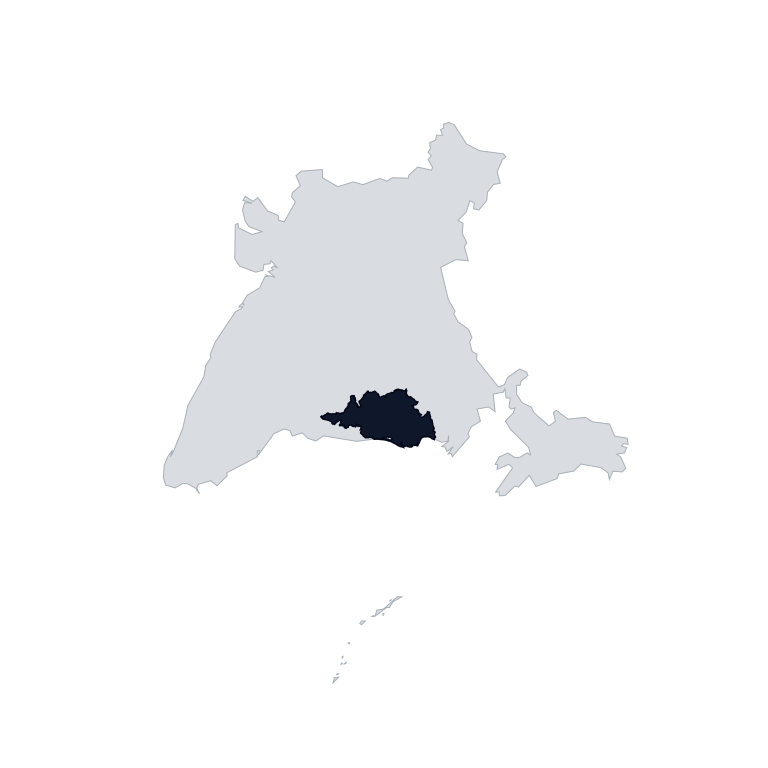 location of Odisha within India, rotated 45°
{"feature_id": "IND-2444", "entity_name": "Odisha", "entity_type": "State", "adm_level": 1, "iso_a3": "IND", "parent_name": "India", "parent_adm1": "", "projection": "mercator", "projection_center": [83.889, 20.172], "detail": "fine", "context": "in_parent", "style": "filled", "palette": "ink", "viewbox_px": 768, "rotation_deg": 45, "n_neighbors": 0, "source": "natural_earth", "source_scale": "10m", "svg_char_len": 9795}
<svg xmlns="http://www.w3.org/2000/svg" viewBox="0 0 768 768"><g transform="rotate(45 384 384)"><path d="M153.3,349.4L162.1,347.5L163.0,341.4L179.2,344.0L190.0,339.7L193.6,342.8L198.8,339.9L192.6,317.8L186.5,317.1L183.9,313.6L184.6,303.0L174.5,298.9L175.0,292.1L188.7,276.0L194.9,281.7L211.9,277.1L219.3,262.9L228.2,257.9L235.8,241.5L242.6,238.6L244.0,232.3L255.6,221.3L253.8,218.5L254.4,206.8L266.5,199.3L265.1,196.4L256.4,194.1L256.1,189.2L251.2,189.0L250.4,184.8L245.6,181.0L248.0,175.0L245.2,170.9L249.5,166.7L244.1,164.2L245.1,161.1L242.3,158.4L245.0,153.1L250.3,151.0L272.6,156.0L286.6,151.5L305.7,136.8L309.5,137.2L309.0,141.6L314.0,154.0L324.2,159.9L320.4,165.4L321.5,175.2L326.8,181.4L328.1,194.0L323.4,196.7L319.9,192.2L315.0,193.6L320.5,204.2L320.6,215.9L326.4,214.5L332.5,222.0L342.9,225.8L343.5,229.9L356.5,237.3L346.9,245.2L341.6,261.5L369.8,278.8L382.8,282.3L383.7,285.1L392.5,287.7L405.2,285.6L413.4,289.0L414.6,293.6L423.4,298.7L428.6,297.1L432.2,301.3L467.0,305.2L469.6,299.2L466.8,291.9L469.3,277.4L476.2,274.8L479.8,276.3L478.9,285.0L481.2,288.7L478.7,291.2L485.2,297.6L495.0,299.6L504.2,296.2L510.4,298.3L530.3,296.9L531.6,289.1L523.9,284.4L524.5,280.8L539.0,278.6L550.1,265.1L558.2,263.3L571.8,252.8L583.9,257.8L594.2,250.4L599.2,253.9L595.5,257.0L595.8,259.9L600.5,257.5L602.8,262.7L598.1,269.1L603.1,268.2L614.5,272.6L614.7,277.6L607.5,283.9L611.0,292.2L605.2,288.4L596.6,289.7L579.8,301.4L579.9,311.2L571.1,323.9L573.2,328.6L564.0,349.0L551.3,345.8L551.9,361.9L548.7,363.6L548.5,377.3L544.7,381.4L541.7,379.0L539.4,381.6L534.2,352.4L529.2,352.3L524.3,364.5L521.4,360.7L519.5,362.3L517.1,354.1L520.3,345.3L528.4,343.5L531.9,339.8L533.9,331.6L537.7,330.5L531.1,326.5L505.6,326.7L496.1,324.4L495.9,313.0L493.5,308.2L491.6,311.9L488.7,311.9L483.2,304.7L480.2,307.5L472.9,302.0L474.0,305.5L468.4,313.9L482.1,325.0L474.3,326.2L467.4,336.0L478.5,342.1L476.0,352.5L478.5,359.8L481.7,360.9L483.7,387.2L480.6,385.6L478.8,388.3L477.2,379.2L476.3,387.1L471.6,385.4L469.0,387.5L470.2,378.9L466.1,374.9L469.6,379.2L466.2,384.2L452.8,389.8L449.0,394.2L450.8,403.3L447.3,409.9L441.4,415.0L439.3,414.3L438.8,416.9L428.7,420.3L427.6,417.0L423.5,419.2L422.5,422.0L426.6,421.4L416.0,429.8L405.4,443.7L377.8,463.6L376.2,472.5L368.4,476.3L360.8,476.2L356.0,485.7L350.7,483.4L345.1,486.5L341.3,496.9L345.3,522.8L343.0,519.1L341.5,520.9L345.9,524.9L335.6,558.0L338.1,559.9L337.9,574.0L329.7,575.0L323.7,586.1L325.0,589.9L331.2,592.1L324.4,590.9L315.5,593.5L311.9,597.0L309.8,605.1L301.2,609.9L294.1,606.2L286.0,596.8L282.4,588.0L281.1,580.3L284.5,586.6L282.7,580.4L272.8,557.2L260.5,537.8L251.6,506.4L244.8,496.9L242.9,487.3L240.5,486.5L235.1,474.1L227.8,437.9L229.8,431.6L229.3,429.4L227.1,432.3L226.6,430.6L226.8,426.9L229.6,427.3L226.4,425.9L224.5,418.0L228.1,403.8L223.8,392.0L225.6,390.3L223.6,390.4L231.5,385.5L222.5,386.4L225.0,381.7L222.2,381.7L222.7,378.5L226.7,377.3L216.8,376.7L218.3,379.7L214.5,384.3L218.0,389.2L214.2,395.6L198.5,402.7L190.0,401.0L166.0,376.3L167.3,373.8L170.9,376.4L185.1,371.5L190.0,362.6L177.0,368.3L170.2,366.7L160.8,360.9L157.3,354.3L162.9,349.4L154.4,353.9L153.3,349.4ZM541.8,554.4L538.8,549.0L542.8,543.3L543.9,524.9L547.1,521.9L544.3,531.7L546.0,538.2L544.0,539.9L541.8,554.4ZM559.2,623.4L559.3,631.2L556.6,626.9L559.2,623.4ZM538.3,570.2L536.2,570.4L535.9,567.1L538.4,564.7L538.3,570.2ZM552.1,610.9L551.9,613.2L551.4,611.1L552.1,610.9ZM554.6,607.8L553.7,610.8L554.0,607.6L554.6,607.8ZM557.1,620.6L556.2,623.0L555.6,622.1L557.1,620.6ZM543.1,592.4L541.7,592.6L542.4,591.3L543.1,592.4ZM541.2,555.6L539.8,556.8L540.5,554.9L541.2,555.6ZM546.4,546.3L547.1,548.6L545.4,546.9L546.4,546.3ZM548.4,607.2L547.2,606.8L547.7,605.6L548.4,607.2ZM541.9,531.6L541.2,534.0L541.6,531.4L541.9,531.6Z" fill="#d9dde1" stroke="#a8b0b8" stroke-width="1"/><path d="M458.8,387.8L456.6,388.7L455.9,388.9L455.3,388.7L454.4,388.9L453.0,389.6L452.2,390.2L449.9,392.7L449.1,393.9L448.7,395.3L448.8,396.9L450.7,401.5L450.5,402.0L449.9,401.9L449.3,402.0L449.5,402.3L449.8,402.4L451.0,402.5L451.2,402.9L451.2,403.2L451.1,403.3L450.6,403.1L450.3,403.4L451.0,403.6L451.2,403.8L451.9,403.4L451.3,404.1L450.9,404.4L450.0,404.7L447.3,406.9L446.9,407.9L446.8,408.9L447.6,408.4L447.9,408.6L448.0,407.8L448.2,408.2L447.6,409.4L446.4,410.2L446.5,410.4L447.4,409.9L445.3,411.2L443.5,411.8L443.2,412.1L442.8,413.6L441.6,414.8L441.8,415.1L442.2,415.2L441.7,415.4L440.9,415.0L439.8,414.0L438.7,414.0L438.1,413.4L438.0,412.9L437.8,412.7L437.7,413.1L438.1,413.9L439.1,414.6L440.0,414.7L440.4,415.4L441.3,415.7L439.7,416.7L436.8,417.8L436.3,417.6L435.9,417.8L433.0,418.6L432.1,419.1L431.2,419.1L429.5,419.9L429.7,419.7L429.3,419.7L428.3,420.4L426.8,420.8L426.7,420.4L426.4,420.3L426.3,420.1L427.8,419.5L427.7,420.0L428.7,419.4L428.5,419.2L428.6,417.2L427.1,416.8L426.6,416.9L424.6,418.6L423.8,418.9L423.1,419.6L422.8,420.1L422.9,420.5L422.6,420.7L422.4,421.3L421.8,421.9L421.8,422.2L422.0,422.5L421.5,422.7L421.2,423.1L421.3,423.4L421.6,423.2L421.6,423.4L421.6,423.9L422.0,423.6L422.8,423.3L422.7,422.6L423.0,422.8L423.3,422.6L422.6,422.3L422.6,422.2L423.0,422.2L423.5,421.7L423.3,421.3L423.5,420.9L424.5,421.2L425.1,420.6L425.7,420.6L425.8,420.4L426.0,420.7L426.0,421.1L425.7,421.3L425.6,421.6L424.9,421.9L424.8,421.6L424.6,421.5L424.5,422.0L424.2,421.9L424.4,422.1L424.4,422.3L424.8,422.3L428.7,420.4L424.9,422.3L422.4,424.0L420.7,425.7L419.5,426.5L417.6,428.3L416.3,429.9L416.1,430.0L415.8,429.3L414.8,429.2L414.6,429.4L414.6,430.1L414.4,430.4L413.9,430.3L412.7,430.8L412.1,431.4L411.2,431.4L411.3,431.9L411.1,432.3L411.2,432.6L411.1,432.8L410.5,433.5L410.0,433.6L409.3,434.8L408.8,435.1L407.8,435.2L406.3,435.5L404.9,435.0L403.7,435.2L402.2,435.2L401.9,434.9L401.5,434.3L400.6,431.9L400.2,431.8L399.8,431.9L399.7,432.3L399.8,432.8L399.6,433.1L399.1,431.7L398.2,430.7L397.6,429.8L397.4,429.8L397.1,430.6L396.5,431.1L396.2,431.8L395.9,431.8L395.7,431.1L395.3,430.7L395.2,430.9L395.3,431.6L395.1,431.9L395.2,432.2L395.1,432.5L394.7,432.5L393.4,431.9L392.7,432.1L392.7,432.3L393.1,433.1L393.4,433.5L393.9,433.7L394.2,434.1L394.2,434.4L393.2,434.9L392.0,435.9L391.1,436.3L390.3,435.8L390.0,436.0L389.0,437.3L388.4,437.9L388.3,438.8L388.7,439.6L389.2,439.6L389.3,439.9L388.5,440.9L388.4,441.1L388.6,441.7L388.6,442.1L388.4,442.3L387.9,442.3L387.2,442.7L386.4,442.7L386.2,442.6L386.2,442.0L386.0,441.8L385.0,441.4L384.7,441.5L384.6,442.5L384.3,442.9L382.7,443.8L382.4,444.6L382.2,444.8L381.5,444.6L381.3,444.4L381.3,443.9L381.6,443.2L381.4,442.8L380.5,442.0L380.2,441.6L380.1,440.1L379.1,440.0L378.6,440.8L378.0,441.6L377.9,442.5L377.7,443.2L377.8,443.8L377.1,445.2L377.1,445.5L377.7,446.0L377.8,446.3L377.4,446.8L377.5,447.5L377.4,447.9L376.5,447.9L375.9,448.7L375.0,448.6L374.2,448.0L373.6,447.8L372.8,447.9L372.1,448.4L370.9,448.6L369.4,449.6L368.0,450.3L367.5,450.9L366.7,451.1L365.5,452.0L364.4,451.5L363.9,452.1L362.5,451.8L362.6,450.6L362.8,450.5L363.1,450.7L363.3,450.6L363.5,449.9L363.8,449.3L364.0,447.8L364.3,447.2L364.6,445.9L364.4,445.3L364.9,444.2L366.5,443.7L367.0,443.1L367.9,442.8L368.8,441.3L369.7,440.7L370.4,439.8L371.3,439.2L371.2,438.7L370.7,438.4L370.6,438.0L371.2,437.8L372.0,436.9L373.2,436.6L373.7,435.8L374.3,436.2L374.6,435.4L374.8,434.0L375.1,433.6L375.6,433.4L375.7,433.0L375.7,431.7L375.3,431.0L375.2,430.4L374.7,429.9L374.8,429.2L374.4,428.2L374.5,427.6L374.9,426.6L374.3,426.0L374.8,425.5L374.8,425.1L374.5,424.8L373.8,424.6L373.4,423.7L372.7,423.5L372.6,423.3L372.8,421.2L372.6,420.3L372.7,419.1L372.5,418.8L371.5,418.6L371.0,417.7L369.5,416.8L369.2,416.2L369.3,415.7L370.0,414.4L370.5,414.1L371.3,413.4L372.3,414.4L372.5,415.0L372.9,414.9L373.2,414.2L373.4,414.2L374.5,415.1L374.7,415.5L375.4,415.5L375.6,415.6L376.7,417.9L377.0,418.1L377.5,417.3L377.8,417.1L379.7,417.3L380.5,417.7L381.3,417.8L381.2,419.1L381.5,419.0L383.3,417.8L383.4,417.6L383.0,416.9L383.2,415.7L383.1,415.1L382.5,415.1L381.8,415.4L381.1,414.8L380.0,414.8L378.7,414.0L378.7,413.6L379.0,412.2L378.9,410.2L378.6,409.6L378.8,407.5L378.7,407.4L378.5,407.5L378.3,407.4L378.2,406.7L377.8,406.7L377.5,406.0L377.9,403.9L377.6,402.5L377.6,400.5L377.8,400.3L378.4,400.4L378.5,400.5L378.5,400.9L378.7,401.1L379.5,400.7L380.3,399.6L381.0,399.0L381.7,397.9L382.1,396.9L382.3,396.5L382.3,395.9L382.5,395.7L384.0,395.5L384.6,395.8L385.1,395.6L387.4,395.2L388.6,395.9L389.1,396.3L390.2,396.2L390.7,395.9L391.1,395.3L391.5,394.0L392.0,393.3L392.1,392.6L392.4,392.2L392.7,392.2L393.7,392.5L394.0,392.5L394.1,392.2L394.0,391.7L393.2,390.7L393.1,389.8L393.5,388.5L395.2,385.6L395.3,384.7L395.6,384.5L396.0,384.7L396.2,384.2L396.8,384.1L396.9,383.8L396.8,383.4L397.0,382.6L396.2,382.0L396.1,381.7L396.2,380.8L397.0,380.3L397.0,380.0L396.6,379.5L396.6,379.3L397.8,377.6L399.4,376.9L401.3,375.3L402.7,375.0L403.1,374.8L403.6,374.1L403.7,373.7L403.6,373.0L403.3,372.3L403.3,372.0L403.9,372.2L404.8,372.7L406.1,374.7L406.6,375.0L407.4,375.2L408.7,375.7L410.4,375.6L411.6,374.9L411.8,374.2L415.4,374.0L415.9,373.6L416.4,373.6L418.1,374.0L418.7,373.7L419.4,373.5L420.6,372.7L421.2,374.5L421.2,375.6L421.1,376.3L420.2,377.6L419.4,379.4L420.4,379.2L421.1,379.3L422.6,380.2L423.1,380.8L424.7,379.1L426.1,378.5L426.7,378.5L428.3,379.4L430.3,380.0L431.4,379.5L432.1,379.1L432.3,379.4L431.9,380.0L431.9,380.9L432.0,381.1L432.8,381.5L433.5,381.3L434.1,380.9L435.0,379.5L435.0,379.0L435.2,378.1L434.9,377.1L434.9,376.8L435.3,376.1L435.3,375.5L435.1,374.2L434.5,373.3L434.4,372.7L435.4,372.4L435.7,371.9L436.2,371.8L437.0,372.7L440.0,374.3L441.2,375.6L441.8,375.8L443.3,375.5L444.9,376.6L445.6,377.2L446.3,377.5L446.6,378.0L447.5,378.4L448.6,379.2L449.5,379.3L450.8,379.9L451.2,380.5L451.3,381.2L451.2,382.0L451.7,382.8L452.2,382.8L452.3,382.5L452.7,382.2L453.1,381.7L454.2,382.0L454.5,382.3L454.8,383.6L455.2,384.3L457.7,384.9L457.9,385.1L458.1,385.3L458.0,386.6L458.8,387.8Z" fill="#0f172a" stroke="#020617" stroke-width="1.5"/></g></svg>